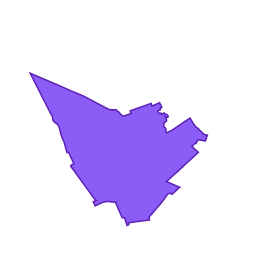 the district of Valea Nucarilor, Tulcea, Romania, rotated 154°
{"feature_id": "2599482B55902269150341", "entity_name": "Valea Nucarilor", "entity_type": "district", "adm_level": 2, "iso_a3": "ROU", "parent_name": "Romania", "parent_adm1": "Tulcea", "projection": "robinson", "projection_center": [28.899, 45.009], "detail": "fine", "context": "isolated", "style": "filled", "palette": "violet", "viewbox_px": 256, "rotation_deg": 154, "n_neighbors": 0, "source": "geoboundaries", "source_scale": "gbopen_adm2", "svg_char_len": 5165}
<svg xmlns="http://www.w3.org/2000/svg" viewBox="0 0 256 256"><g transform="rotate(154 128 128)"><path d="M189.0,77.4L188.9,77.3L188.4,77.1L188.2,76.9L189.2,76.9L189.7,76.9L190.4,76.9L191.6,76.9L191.6,75.4L191.6,74.6L191.7,72.4L188.3,72.3L187.6,72.4L185.9,72.3L185.3,72.3L184.2,72.2L182.7,72.2L182.3,72.1L181.7,71.9L180.6,71.6L179.1,71.1L178.3,70.8L177.8,70.5L176.3,69.5L175.8,69.2L173.9,68.0L173.1,67.5L171.8,66.8L171.7,66.6L171.8,66.6L171.8,66.4L172.0,63.3L172.1,61.7L172.2,59.9L172.2,59.6L172.6,50.1L172.6,49.9L172.4,49.7L170.5,49.0L171.2,43.3L171.6,40.8L169.7,40.7L169.5,41.5L169.2,42.6L168.0,42.2L167.5,42.0L165.4,41.4L163.6,40.8L162.6,40.5L159.0,39.3L152.5,37.1L151.5,36.7L149.1,35.9L147.9,38.8L147.1,39.2L145.9,39.7L144.5,40.2L141.0,41.8L140.8,41.8L138.8,42.7L136.8,43.6L136.6,43.7L136.1,43.9L135.6,44.2L135.4,44.2L132.5,45.3L131.5,45.9L131.1,46.1L130.0,46.6L129.3,46.7L128.8,47.2L128.2,47.5L126.3,48.4L124.6,49.4L123.7,50.0L123.4,50.1L123.2,50.2L122.1,50.7L121.7,51.0L121.4,51.1L120.8,51.2L120.3,51.2L118.7,51.1L117.8,49.4L117.7,49.2L117.3,49.2L116.5,49.4L115.7,49.6L111.1,51.0L110.5,51.2L109.4,51.6L108.5,51.9L108.0,52.1L107.9,52.2L107.6,52.1L107.7,52.3L116.8,62.9L116.3,63.1L113.9,63.9L113.2,64.1L112.5,64.3L111.4,64.6L110.3,65.0L110.1,65.0L109.2,65.3L107.1,65.9L104.8,66.5L104.0,66.7L102.1,67.2L101.4,67.4L101.1,67.4L100.9,67.6L100.5,67.8L97.9,68.6L97.6,68.6L97.2,68.7L96.1,68.9L95.9,69.0L95.7,69.2L95.6,69.3L95.4,69.3L95.2,69.4L94.8,69.5L93.8,69.8L92.9,70.1L92.2,70.3L91.2,70.6L90.8,70.7L88.9,71.3L88.2,71.5L87.6,71.6L87.3,71.7L87.1,71.8L86.4,72.0L86.1,72.1L75.4,75.2L75.4,75.3L75.6,75.9L76.2,77.4L76.3,77.6L78.5,83.0L78.7,83.4L77.4,83.8L73.8,84.9L73.5,84.3L70.3,86.7L69.7,86.3L67.0,84.5L66.5,84.0L66.2,83.9L65.8,83.6L65.2,83.2L64.7,82.8L64.6,82.7L64.4,82.4L63.9,82.7L63.2,83.4L61.3,85.3L60.3,86.2L60.0,86.5L59.8,86.7L61.5,88.2L62.3,88.7L62.3,88.8L62.5,89.3L62.6,89.5L62.8,90.0L63.0,90.6L63.1,90.9L63.3,91.4L63.4,91.7L63.8,92.7L64.2,93.5L64.4,94.3L64.7,95.3L65.0,96.3L65.4,97.3L65.7,97.8L65.9,98.1L66.2,98.3L66.4,99.0L66.6,99.5L66.7,99.8L67.1,101.9L67.1,102.0L67.4,103.8L67.7,107.5L67.9,109.7L67.9,109.8L73.3,109.0L73.7,109.1L73.8,109.1L74.4,109.0L74.8,108.8L75.9,108.7L76.1,108.6L77.2,108.5L79.2,108.2L81.8,107.8L85.4,107.3L87.2,107.1L89.3,106.8L89.7,106.7L91.2,106.7L95.4,106.9L95.7,107.4L95.7,107.5L95.6,107.9L95.2,108.9L94.9,109.3L94.5,110.0L94.3,110.7L94.4,111.1L94.5,111.8L94.7,112.3L94.9,112.7L95.0,113.2L94.9,113.8L94.8,114.3L94.5,115.0L94.2,116.0L94.0,116.8L93.4,116.7L92.9,116.7L92.4,116.8L92.1,116.8L91.6,117.0L91.1,117.3L90.9,117.3L90.7,117.3L90.4,117.4L90.3,117.5L90.1,117.6L90.0,117.9L89.8,118.3L89.7,118.7L89.5,119.2L89.5,119.3L89.5,119.5L89.5,120.0L89.5,120.3L89.6,120.8L89.7,121.7L89.8,121.9L90.0,122.3L89.9,122.3L89.8,122.2L89.6,121.9L89.4,121.1L89.4,120.9L87.5,120.2L87.2,120.3L86.9,120.6L86.8,120.8L86.8,121.3L86.8,121.7L86.9,122.1L87.1,122.4L87.2,122.7L87.3,123.1L87.6,123.6L88.7,124.9L89.0,125.2L89.0,125.8L89.5,125.8L90.1,125.5L90.6,125.4L91.3,125.3L91.8,125.2L91.8,126.0L91.8,126.6L91.8,126.9L92.2,127.0L93.4,127.2L93.5,127.5L93.6,128.0L93.7,129.0L93.5,130.6L90.9,130.1L90.1,131.8L88.6,131.6L88.4,134.8L88.5,135.1L88.6,135.4L88.7,135.5L88.6,136.5L88.5,136.9L89.3,136.9L91.5,137.0L94.9,137.2L96.9,137.3L96.4,140.0L104.0,140.8L118.4,142.5L118.8,140.2L118.8,139.9L118.8,139.6L122.4,140.1L123.4,140.2L125.1,140.5L127.0,140.7L127.1,140.9L127.3,141.2L127.8,141.9L128.1,142.1L128.2,142.4L128.4,143.2L128.5,143.5L128.6,143.8L128.7,144.3L128.8,144.6L129.0,145.0L129.2,145.3L129.2,145.5L129.3,145.8L129.2,146.3L129.4,146.6L129.6,147.0L129.8,147.5L130.1,147.9L130.3,148.3L130.4,148.9L130.5,149.2L130.9,149.8L131.3,149.9L131.9,150.1L133.4,151.0L133.5,151.0L134.2,151.0L134.5,151.7L135.0,151.8L135.4,151.8L135.6,151.8L135.8,151.9L136.0,152.0L136.4,152.5L139.8,156.8L153.8,176.0L164.5,188.2L172.6,197.8L191.9,220.1L191.2,175.7L190.9,171.7L191.9,168.3L192.0,166.9L191.9,166.4L191.8,166.0L191.6,165.8L191.5,165.6L191.3,165.3L191.2,165.1L191.0,164.9L190.6,164.6L190.5,164.3L190.6,164.2L190.7,163.8L190.6,163.5L190.6,163.4L190.4,163.1L190.3,162.8L190.2,162.6L190.0,162.4L189.7,162.4L189.6,162.2L189.5,159.5L191.2,150.9L191.6,147.5L191.6,143.9L192.2,140.2L193.0,136.5L193.6,132.6L192.6,132.6L192.6,132.3L192.3,132.1L192.2,132.1L192.1,131.9L192.1,131.5L192.1,131.3L192.1,131.0L192.1,130.0L192.1,129.3L192.2,127.5L192.2,126.9L192.2,126.6L192.2,125.9L192.2,125.5L192.3,125.2L192.3,124.9L192.2,124.0L192.2,123.5L192.3,123.1L192.3,122.2L192.3,121.8L192.3,121.0L192.3,120.4L192.3,119.8L192.4,119.7L192.4,119.4L192.5,119.4L193.2,119.5L194.1,119.6L194.6,119.6L195.4,119.5L195.8,119.4L196.1,119.1L196.2,118.8L196.2,118.7L196.1,118.0L196.1,117.6L195.9,116.9L195.8,116.6L195.6,116.2L195.8,116.0L195.1,112.7L195.0,112.0L194.6,109.5L194.5,109.2L194.4,108.6L194.2,107.1L193.9,105.6L193.8,104.9L193.8,104.7L193.7,104.5L193.6,104.0L193.6,103.6L193.4,102.5L193.1,101.0L193.0,100.3L192.7,98.6L192.6,98.3L192.5,97.5L192.4,97.0L192.0,94.7L191.9,93.9L191.7,92.9L191.6,92.3L191.5,91.9L191.3,90.7L191.1,89.4L191.0,89.1L190.8,88.0L190.6,86.8L190.0,83.2L189.8,82.1L189.7,81.5L189.6,80.7L189.1,78.3L189.0,77.4Z" fill="#8b5cf6" stroke="#5b21b6" stroke-width="1.5"/></g></svg>